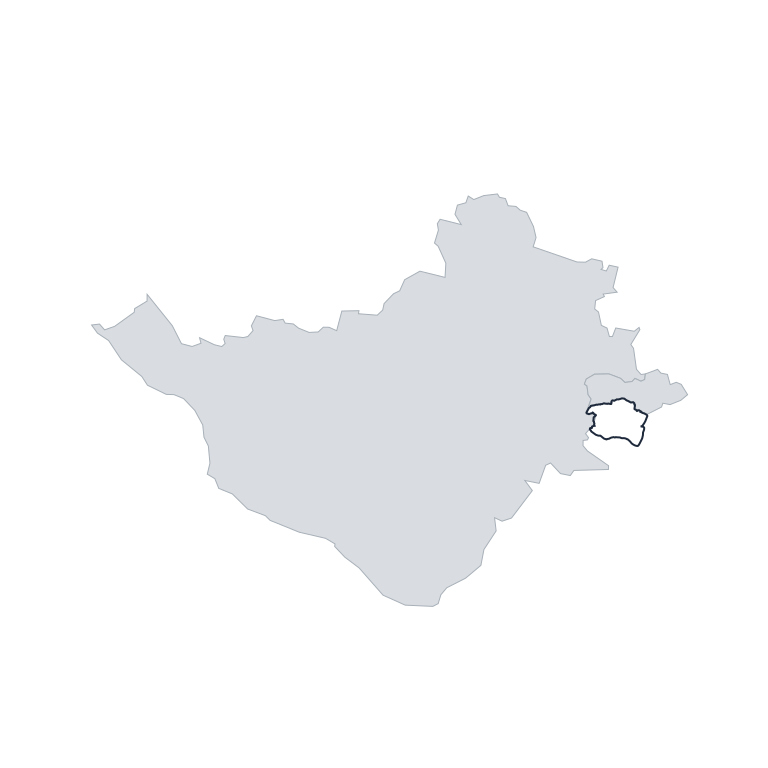 Suriname highlighted, Equal Earth projection, rotated 103°
{"feature_id": "SUR", "entity_name": "Suriname", "entity_type": "country or territory", "adm_level": 0, "iso_a3": "SUR", "parent_name": "South America", "parent_adm1": "", "projection": "equal_earth", "projection_center": [-56.071, 3.918], "detail": "medium", "context": "with_neighbors", "style": "outline", "palette": "slate", "viewbox_px": 768, "rotation_deg": 103, "n_neighbors": 2, "source": "natural_earth", "source_scale": "50m", "svg_char_len": 4498}
<svg xmlns="http://www.w3.org/2000/svg" viewBox="0 0 768 768"><g transform="rotate(103 384 384)"><path d="M392.3,682.2L389.6,674.7L394.1,668.4L388.4,659.4L370.3,643.5L366.6,643.9L356.5,633.5L349.9,635.0L374.8,603.4L390.3,590.4L390.6,579.4L385.5,571.5L380.4,574.1L383.9,558.1L384.0,550.5L380.3,547.9L376.4,550.2L372.5,549.6L370.4,531.5L368.4,527.4L361.4,523.6L357.2,526.3L346.2,523.6L346.8,504.7L343.7,496.9L346.9,494.0L345.9,485.9L348.8,479.8L350.6,468.6L348.1,459.8L342.3,455.9L341.1,450.3L342.7,442.1L322.4,441.5L318.2,424.9L321.3,424.7L318.5,406.1L312.3,401.9L305.6,402.0L293.9,395.0L289.7,389.7L277.7,387.3L266.0,374.4L266.4,348.5L252.4,350.9L237.6,362.2L235.3,366.5L221.8,365.6L215.8,368.1L210.9,366.4L211.3,344.6L202.7,353.0L193.2,352.7L189.0,345.0L181.9,344.2L184.1,338.0L178.0,329.2L173.3,316.2L176.1,313.5L176.0,307.4L182.4,303.2L181.3,295.4L184.0,290.4L184.7,283.6L196.9,273.8L207.1,268.8L216.8,269.5L221.7,223.4L220.0,215.1L215.3,209.8L215.3,199.2L221.4,196.8L223.5,198.3L223.9,192.8L217.6,191.3L217.5,182.2L238.5,182.5L242.1,177.5L247.1,190.7L249.2,188.9L255.1,196.6L263.5,195.6L265.6,191.2L278.0,185.4L279.3,179.3L287.0,175.1L286.4,172.1L277.3,170.8L276.3,152.0L271.5,148.2L273.5,146.9L290.0,152.4L293.1,148.9L312.9,141.3L316.9,135.7L315.4,131.6L321.0,131.0L323.5,134.3L322.1,140.7L325.8,142.9L328.3,149.6L325.3,154.7L323.6,167.1L327.1,181.1L333.7,188.0L339.0,188.7L340.2,185.8L348.5,182.7L352.0,178.8L366.4,180.7L366.7,170.6L376.1,170.5L387.0,176.5L390.3,172.6L392.7,173.2L394.2,177.3L399.3,176.2L403.5,170.7L413.1,146.8L416.8,146.1L425.5,179.5L431.3,181.9L431.6,191.9L423.5,203.9L426.8,208.2L445.9,210.5L446.3,225.1L454.5,215.5L485.9,229.6L491.1,238.1L489.4,246.2L501.9,241.7L522.8,249.4L538.9,248.8L554.8,260.8L568.4,277.0L576.6,281.2L585.8,281.8L589.7,286.4L594.7,313.6L590.0,337.4L568.8,366.9L561.6,383.1L553.4,395.5L550.8,395.8L547.5,406.3L547.5,433.1L542.5,464.3L539.0,469.9L536.5,488.7L525.2,507.1L522.9,521.5L514.3,527.5L511.6,535.9L500.3,535.8L483.9,541.2L476.4,547.4L464.7,551.4L452.3,562.4L443.3,576.0L441.6,586.3L443.1,593.8L438.4,614.2L431.2,621.6L419.5,645.3L403.6,662.1L398.9,674.6L392.3,682.2Z" fill="#d9dde1" stroke="#a8b0b8" stroke-width="1"/><path d="M360.6,179.5L352.0,178.8L348.5,182.7L340.2,185.8L339.0,188.7L333.7,188.0L327.1,181.1L323.6,167.1L325.3,154.7L328.3,149.6L325.8,142.9L322.1,140.7L323.5,134.3L321.0,131.0L315.4,131.6L308.2,120.7L311.1,116.7L310.9,110.0L320.2,105.0L316.6,99.6L317.5,94.3L326.1,85.8L333.1,91.1L339.7,100.6L340.0,108.0L344.0,108.4L354.0,120.4L352.3,133.5L345.8,137.3L344.4,148.2L349.1,158.7L352.6,158.7L354.0,166.9L360.6,179.5Z" fill="#d9dde1" stroke="#a8b0b8" stroke-width="1"/><path d="M386.2,129.3L385.3,130.4L384.3,131.8L383.0,134.3L383.1,135.1L382.8,135.8L382.7,136.9L382.8,138.2L383.1,139.0L383.3,140.6L383.0,142.0L383.6,145.5L383.6,146.1L384.2,147.0L384.1,148.3L385.1,150.5L385.8,151.4L386.7,152.4L387.5,154.4L387.8,154.5L388.0,155.0L387.8,155.8L387.8,157.0L387.2,158.4L385.9,161.0L385.7,161.5L386.1,163.6L385.8,166.2L383.6,171.4L382.7,172.0L382.1,173.1L381.4,173.2L381.3,173.3L380.8,173.3L380.4,172.8L380.3,172.3L380.1,171.6L379.6,171.5L378.7,171.7L377.5,170.1L377.4,169.4L377.1,169.5L376.4,170.1L375.9,170.2L375.5,170.1L375.1,170.1L374.1,170.8L373.4,171.0L373.0,171.7L369.3,172.2L367.1,170.6L366.8,170.5L366.6,170.6L366.4,170.8L366.1,172.4L365.0,173.7L364.9,174.3L365.6,174.6L366.1,175.8L367.3,177.5L367.1,179.7L366.8,180.1L366.1,180.3L361.5,179.0L361.2,178.9L360.3,178.0L358.8,177.5L358.2,176.4L357.3,174.0L356.8,173.3L356.3,172.3L356.2,171.4L355.6,170.3L355.3,168.8L355.1,168.8L354.9,168.4L354.5,166.9L354.3,166.8L353.8,166.0L353.5,165.7L353.3,165.2L353.4,164.1L353.2,163.5L353.1,162.0L352.9,161.5L352.6,161.2L352.5,158.4L352.3,158.1L351.0,158.1L350.9,158.3L349.7,158.4L348.6,157.8L348.5,157.4L348.6,156.0L347.8,155.0L346.6,153.7L346.3,152.1L345.8,151.1L344.5,149.0L344.3,147.6L344.2,146.5L345.4,144.0L345.6,142.5L346.5,139.4L346.3,138.5L345.9,137.7L345.7,137.1L346.1,136.3L346.5,135.7L347.0,135.6L347.5,135.2L348.0,134.7L349.5,134.5L351.2,134.5L352.0,134.3L352.3,133.8L352.3,133.0L352.7,132.3L353.3,131.7L353.4,131.4L353.1,131.0L352.6,131.0L352.2,129.7L352.8,128.1L352.9,127.5L353.5,126.6L353.7,126.9L354.1,125.2L354.1,123.9L355.0,120.9L355.9,120.2L361.4,121.0L363.8,121.7L367.0,123.0L367.5,124.4L367.5,123.0L367.3,121.6L368.2,120.6L370.1,120.3L373.0,120.7L375.5,120.2L378.9,120.2L384.0,121.4L386.3,122.1L387.3,122.8L387.5,124.1L387.4,125.7L387.0,127.3L386.2,129.3Z" fill="none" stroke="#1e293b" stroke-width="2"/></g></svg>